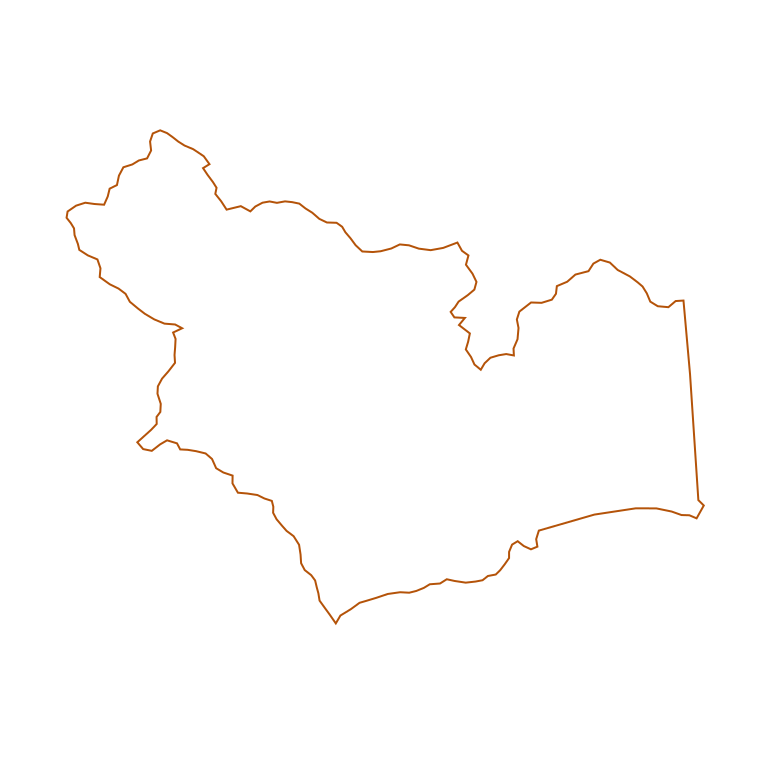 outline of Santo Amaro da Imperatriz, Santa Catarina, Brazil, rotated 93°
{"feature_id": "56859067B63225010311185", "entity_name": "Santo Amaro da Imperatriz", "entity_type": "district", "adm_level": 2, "iso_a3": "BRA", "parent_name": "Brazil", "parent_adm1": "Santa Catarina", "projection": "natural_earth1", "projection_center": [-48.807, -27.744], "detail": "fine", "context": "isolated", "style": "outline", "palette": "amber", "viewbox_px": 768, "rotation_deg": 93, "n_neighbors": 0, "source": "geoboundaries", "source_scale": "gbopen_adm2", "svg_char_len": 2844}
<svg xmlns="http://www.w3.org/2000/svg" viewBox="0 0 768 768"><g transform="rotate(93 384 384)"><path d="M210.0,556.2L203.0,562.4L196.8,561.5L191.3,565.4L184.3,571.2L177.9,576.0L173.6,569.8L166.0,575.9L159.5,586.8L156.3,595.7L152.7,602.1L148.6,607.9L144.8,613.8L142.4,620.8L145.9,628.0L154.1,630.3L163.0,628.8L171.1,632.4L173.6,640.5L177.9,646.8L181.2,655.6L189.8,659.6L199.3,661.1L203.3,668.2L211.2,669.7L219.6,672.9L219.4,682.6L218.6,691.8L222.0,700.8L228.3,709.0L234.6,709.7L239.7,705.2L244.8,701.7L251.5,700.8L260.2,697.0L266.0,695.3L271.1,686.4L274.6,676.7L283.3,673.2L292.1,673.5L298.8,663.0L302.6,654.1L307.5,646.8L315.2,642.1L321.6,633.5L326.4,626.5L331.5,616.8L335.2,606.4L335.5,595.7L338.9,588.5L343.6,597.3L349.9,594.5L358.2,594.5L366.0,594.7L373.8,593.8L382.7,600.0L390.2,605.9L398.2,609.7L405.6,609.7L415.5,605.9L423.6,605.9L428.8,609.4L435.8,608.9L441.9,614.1L448.6,620.8L455.1,627.3L461.6,621.1L462.9,612.4L456.0,604.4L451.6,597.7L454.1,587.6L460.0,584.1L460.0,576.6L460.9,568.2L462.7,558.5L467.9,551.8L476.9,547.2L480.8,539.8L483.4,530.4L491.2,530.1L500.2,524.2L500.5,515.0L501.5,504.6L504.6,497.4L506.6,489.9L512.4,488.1L518.4,488.0L524.7,484.2L531.0,478.3L535.8,473.6L540.7,466.3L549.0,460.4L558.7,458.4L567.3,457.4L574.0,453.4L578.7,446.7L583.8,442.5L590.6,440.5L596.4,438.6L603.7,437.0L610.8,431.3L617.2,426.1L625.6,419.6L617.5,415.4L610.5,405.2L603.8,397.0L601.5,390.4L597.9,380.4L593.5,369.3L591.1,357.0L591.1,347.9L589.0,341.0L585.5,333.5L581.6,327.8L580.3,317.6L575.7,311.1L577.0,303.2L578.1,292.0L576.5,282.3L574.8,275.3L570.3,270.2L568.4,262.4L563.8,258.2L557.7,254.0L551.3,250.0L545.1,250.3L537.7,247.7L534.0,242.3L538.5,235.9L541.4,228.6L538.4,222.3L531.0,223.9L522.3,221.7L503.4,167.1L495.0,126.2L494.4,114.5L494.0,105.3L496.3,90.1L499.3,80.0L499.1,72.2L501.8,64.8L488.6,58.3L483.5,64.0L358.2,78.9L285.0,89.3L285.9,97.1L292.4,104.0L292.0,114.7L287.8,122.4L279.7,126.3L273.1,130.9L269.2,136.0L263.7,144.1L257.9,156.6L250.9,164.8L248.6,174.5L252.8,181.2L260.6,185.7L264.7,198.6L272.3,206.4L277.2,216.5L284.9,217.0L291.0,220.8L294.7,230.9L294.9,241.4L304.6,252.6L312.6,254.7L321.0,252.6L332.3,253.0L341.8,256.5L348.7,255.8L347.7,263.5L349.3,270.9L352.2,279.1L358.0,284.6L364.7,288.1L359.8,294.7L352.5,298.5L345.2,304.1L337.4,302.2L329.0,300.9L321.2,312.2L313.8,306.7L313.8,317.2L308.5,321.2L303.6,317.2L297.8,313.8L290.8,304.9L285.0,298.7L277.2,297.0L269.2,301.4L260.6,308.4L251.2,306.4L246.9,313.1L238.9,318.1L245.0,332.0L247.9,344.4L247.0,356.3L244.2,366.3L243.8,375.5L248.3,383.8L251.6,394.3L252.8,402.0L252.8,412.6L246.9,419.6L240.2,425.1L234.5,430.5L229.2,434.0L225.5,439.8L225.7,449.5L222.5,457.2L216.7,464.6L212.8,471.6L208.3,478.0L207.2,485.2L206.8,492.4L208.7,500.4L207.7,507.8L209.3,514.8L213.5,521.8L218.6,526.5L213.9,536.3L218.1,550.3L210.0,556.2Z" fill="none" stroke="#b45309" stroke-width="2"/></g></svg>